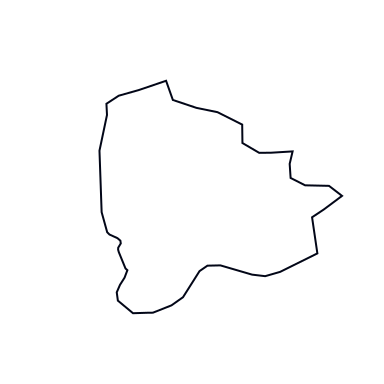 SVG path tracing the border of Kosovska Kamenica, rotated 146°
{"feature_id": "KOS-5907", "entity_name": "Kosovska Kamenica", "entity_type": "District", "adm_level": 1, "iso_a3": "XKX", "parent_name": "Kosovo", "parent_adm1": "", "projection": "equal_earth", "projection_center": [21.605, 42.591], "detail": "fine", "context": "isolated", "style": "outline", "palette": "ink", "viewbox_px": 384, "rotation_deg": 146, "n_neighbors": 0, "source": "natural_earth", "source_scale": "10m", "svg_char_len": 743}
<svg xmlns="http://www.w3.org/2000/svg" viewBox="0 0 384 384"><g transform="rotate(146 192 192)"><path d="M122.4,71.0L163.6,76.5L178.4,81.3L188.4,89.9L209.5,115.3L220.4,122.3L230.0,122.2L258.3,109.8L272.4,109.5L291.9,113.8L295.5,116.2L308.7,124.5L314.2,143.4L310.5,150.9L303.6,155.3L295.8,158.7L289.3,163.3L289.9,165.8L286.3,183.1L285.5,185.5L284.3,187.1L279.8,189.2L278.6,191.7L279.6,195.4L284.2,202.9L284.8,206.1L278.2,225.8L245.6,278.0L219.4,303.4L213.6,313.0L198.9,312.8L179.2,306.3L151.3,298.7L156.4,279.0L141.3,259.3L126.2,243.9L112.7,219.8L122.8,204.4L114.4,186.9L104.4,180.3L85.9,169.4L95.3,160.7L102.4,148.5L94.5,134.3L75.0,120.5L69.8,104.9L92.6,103.8L106.6,103.9L122.4,71.0Z" fill="none" stroke="#020617" stroke-width="2"/></g></svg>